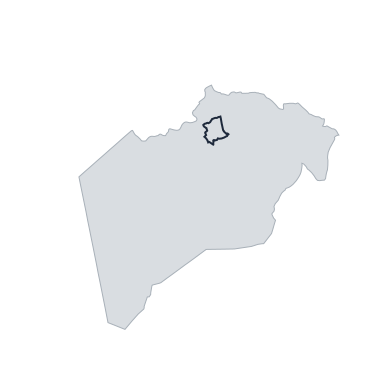 location of Djourf Al Ahmar, Sila, Chad, rotated 229°
{"feature_id": "50815135B90510100968968", "entity_name": "Djourf Al Ahmar", "entity_type": "district", "adm_level": 2, "iso_a3": "TCD", "parent_name": "Chad", "parent_adm1": "Sila", "projection": "robinson", "projection_center": [20.609, 12.361], "detail": "fine", "context": "in_parent", "style": "outline", "palette": "slate", "viewbox_px": 384, "rotation_deg": 229, "n_neighbors": 0, "source": "geoboundaries", "source_scale": "gbopen_adm2", "svg_char_len": 4652}
<svg xmlns="http://www.w3.org/2000/svg" viewBox="0 0 384 384"><g transform="rotate(229 192 192)"><path d="M277.6,116.6L277.7,125.0L277.7,133.3L277.8,141.6L277.8,149.9L277.9,158.3L277.9,166.6L278.0,174.9L278.0,183.3L278.0,186.0L277.8,187.1L277.7,187.3L277.4,187.5L273.5,186.7L271.8,186.7L269.5,187.3L266.0,187.6L263.7,187.5L262.1,188.9L260.9,190.6L261.5,194.8L261.4,196.1L260.9,197.6L259.9,198.8L258.8,199.8L258.2,200.6L257.4,202.5L256.8,203.4L256.9,204.5L256.7,205.8L256.0,206.4L254.4,206.9L253.4,207.4L252.5,208.3L251.9,209.0L252.2,209.9L252.7,211.0L252.9,212.9L253.1,214.0L253.9,214.8L254.4,215.5L254.5,216.2L254.1,216.9L252.1,218.2L251.3,218.7L250.4,219.4L250.0,219.7L248.6,220.9L247.8,222.1L247.5,223.0L247.5,224.3L248.2,226.2L249.0,227.9L249.4,229.1L249.5,230.5L249.5,231.8L249.1,232.9L248.3,233.9L245.6,235.8L244.2,237.9L243.2,240.5L242.9,241.8L243.2,242.8L243.8,243.6L244.6,243.9L245.8,244.1L247.7,243.6L249.6,243.4L251.5,244.3L252.5,246.4L252.2,248.0L252.9,250.8L253.6,254.2L253.5,255.3L253.8,255.8L255.0,256.0L255.3,256.8L254.9,262.8L255.5,264.5L256.3,265.6L257.2,266.3L258.2,267.1L258.6,267.6L259.7,267.8L260.9,268.8L261.3,270.3L261.2,271.7L260.5,274.7L259.9,276.8L259.2,276.6L257.8,276.1L256.0,275.7L253.9,275.4L251.9,276.2L249.7,277.3L249.0,278.1L248.4,278.5L247.4,278.5L246.5,278.6L246.0,279.4L245.2,280.2L242.1,282.0L241.4,282.6L241.0,283.2L241.0,283.9L241.3,285.3L241.3,287.1L240.6,288.5L239.8,289.5L238.9,289.9L238.1,290.1L237.6,290.7L235.9,293.9L235.2,294.5L233.7,294.4L229.6,299.3L229.1,300.7L227.6,302.8L225.7,305.1L224.0,306.1L223.8,306.6L223.4,307.0L222.3,307.5L218.6,310.3L214.2,310.1L212.2,311.2L210.3,311.7L207.5,312.2L206.7,312.2L203.1,312.4L198.9,312.3L197.3,312.7L195.8,313.8L194.7,314.7L194.6,315.0L194.7,315.4L194.7,315.7L197.6,317.9L198.3,319.0L197.6,320.1L197.2,320.3L196.7,321.2L195.0,323.7L192.4,326.7L191.1,327.6L190.5,328.2L189.8,330.2L189.4,330.4L187.6,330.7L184.0,330.9L179.1,331.6L176.2,331.8L174.3,331.6L171.8,333.0L170.8,333.3L170.3,333.5L167.7,334.8L165.6,336.9L164.8,337.3L161.8,338.1L160.7,339.6L160.1,339.7L158.2,337.8L156.9,336.1L156.3,334.4L156.2,333.8L155.8,333.9L154.8,334.7L153.9,335.5L153.4,337.2L150.3,338.3L147.7,339.3L146.5,340.5L144.6,341.1L142.3,340.9L140.4,340.4L138.6,340.2L139.5,338.7L139.8,337.6L139.9,336.2L139.8,335.3L138.7,334.8L138.1,334.1L136.5,329.7L134.9,325.3L132.7,320.9L130.3,318.1L128.5,316.4L128.0,316.2L127.1,315.6L126.4,315.1L123.2,312.2L119.9,308.8L119.0,307.3L117.4,305.0L115.5,302.7L114.5,301.6L114.1,299.7L115.4,298.0L116.8,295.8L118.5,294.3L120.7,294.2L124.3,294.8L128.2,295.0L132.1,294.6L133.1,294.3L134.1,294.3L136.1,294.8L139.8,294.7L141.6,293.8L139.6,292.3L137.5,289.9L135.5,287.3L134.2,284.9L133.1,281.8L132.1,278.1L131.5,273.2L131.6,270.4L131.9,268.4L133.1,265.2L132.3,263.3L132.5,261.8L132.4,259.5L132.1,258.3L130.7,254.6L130.4,254.2L129.2,251.6L128.6,247.2L127.3,244.4L125.0,243.0L123.7,241.3L123.3,238.3L122.4,237.5L118.8,236.5L115.9,236.5L113.8,233.1L111.0,228.8L108.5,224.8L106.9,216.8L106.0,212.2L107.1,210.8L109.2,207.5L111.9,201.2L118.1,191.5L121.2,186.6L127.4,179.2L135.1,170.1L139.4,165.0L140.1,155.6L140.9,145.7L141.6,138.3L142.3,129.4L142.9,122.0L143.4,116.7L144.0,109.0L144.5,107.6L147.5,101.6L147.8,100.8L147.2,99.8L143.0,94.7L141.7,93.5L141.0,90.9L142.1,89.4L137.1,80.9L135.9,79.8L135.3,78.8L135.3,77.2L135.2,71.3L134.0,62.1L132.3,51.3L138.3,48.2L142.8,45.9L148.5,42.9L153.9,46.0L161.5,50.4L169.2,54.8L176.9,59.2L184.6,63.6L192.4,68.0L200.1,72.5L207.8,76.9L215.5,81.3L223.3,85.7L231.0,90.1L238.8,94.5L246.5,99.0L254.3,103.4L262.1,107.8L269.9,112.2L277.6,116.6Z" fill="#d9dde1" stroke="#a8b0b8" stroke-width="1"/><path d="M213.8,239.2L214.9,240.1L215.7,241.0L216.8,241.7L217.0,242.3L216.4,243.0L215.9,243.0L214.9,245.1L215.5,246.7L214.4,247.4L213.0,249.4L212.0,252.0L211.5,254.4L211.2,255.1L211.5,255.9L211.6,256.1L211.7,257.4L212.5,257.3L213.2,256.9L213.2,256.6L213.3,256.1L213.6,256.1L215.4,255.9L216.9,255.8L217.4,256.1L217.8,256.0L218.0,256.0L218.7,256.3L223.4,258.9L223.5,258.9L228.6,262.0L230.3,262.9L230.5,262.3L231.3,261.1L231.3,260.5L231.6,259.3L232.5,258.4L232.9,257.7L233.2,256.9L233.4,256.2L233.6,255.7L233.9,254.9L233.6,254.3L233.3,253.0L232.8,251.5L233.1,249.6L234.0,249.1L234.4,248.3L234.5,247.5L234.9,246.9L235.2,246.2L235.2,244.5L234.5,244.2L233.8,244.1L233.1,244.1L231.7,244.5L231.2,244.5L230.8,244.8L229.7,244.3L228.3,243.7L228.2,242.6L228.4,241.7L228.0,240.7L227.5,240.6L226.9,240.4L226.0,240.1L225.7,240.0L225.7,239.2L225.5,238.3L225.5,237.6L223.9,237.8L223.1,237.8L221.9,237.7L221.1,237.6L220.7,237.4L220.3,237.3L218.9,236.8L218.9,237.6L218.4,237.9L213.8,239.1L213.8,239.2Z" fill="none" stroke="#1e293b" stroke-width="2"/></g></svg>